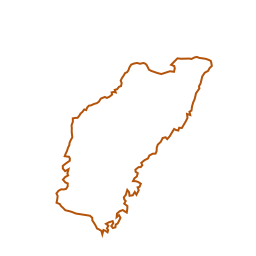 outline of Colorado, Rio Grande do Sul, Brazil, rotated 37°
{"feature_id": "56859067B9024420085811", "entity_name": "Colorado", "entity_type": "district", "adm_level": 2, "iso_a3": "BRA", "parent_name": "Brazil", "parent_adm1": "Rio Grande do Sul", "projection": "equal_earth", "projection_center": [-52.985, -28.462], "detail": "fine", "context": "isolated", "style": "outline", "palette": "amber", "viewbox_px": 256, "rotation_deg": 37, "n_neighbors": 0, "source": "geoboundaries", "source_scale": "gbopen_adm2", "svg_char_len": 2557}
<svg xmlns="http://www.w3.org/2000/svg" viewBox="0 0 256 256"><g transform="rotate(37 128 128)"><path d="M124.4,51.6L127.6,50.7L129.4,52.1L130.9,55.4L127.3,57.5L122.2,64.8L118.7,66.3L112.2,68.4L109.7,68.8L105.1,66.5L103.3,66.2L101.3,66.7L98.9,69.5L96.1,70.6L93.9,73.0L92.4,75.5L92.7,78.9L93.6,81.6L93.7,83.9L92.6,86.0L93.0,88.8L93.1,91.8L93.7,94.6L95.9,95.9L97.2,98.7L96.0,100.6L96.0,103.5L94.5,105.5L96.8,107.0L94.9,107.8L93.5,109.4L95.2,110.9L94.4,114.0L93.0,116.7L90.8,117.2L88.6,120.9L88.9,124.5L88.2,126.9L86.4,129.2L84.9,132.1L83.3,133.8L83.1,136.1L83.8,138.9L81.9,139.5L81.9,142.7L81.4,145.1L81.7,147.5L81.6,150.2L79.8,151.7L78.1,153.5L80.2,156.2L81.3,159.8L83.4,162.2L85.3,164.9L89.1,168.9L89.6,172.2L90.2,174.9L91.4,176.9L92.0,180.0L93.1,183.0L93.7,186.1L94.4,188.6L96.3,187.6L98.1,186.5L99.9,187.3L101.2,189.2L99.6,194.1L98.7,197.5L100.4,199.6L103.8,200.3L105.3,196.7L107.0,200.9L108.7,201.9L107.3,205.1L107.1,208.4L110.8,209.2L113.2,208.5L115.0,211.0L115.2,213.9L113.6,215.8L111.6,217.1L110.3,219.9L110.2,223.3L112.7,224.6L114.5,227.7L115.9,230.7L119.2,229.8L121.8,230.7L124.4,230.9L127.4,231.4L130.1,230.2L133.1,229.0L135.9,228.2L137.8,227.7L150.3,221.0L153.4,221.2L155.2,223.3L157.5,224.1L160.2,225.1L163.8,226.9L166.1,226.4L168.7,226.2L171.5,228.4L169.8,224.2L171.7,223.7L174.4,223.6L173.6,221.5L171.6,220.8L171.1,217.8L168.1,217.8L169.5,214.8L171.8,211.6L173.5,212.8L173.7,216.4L176.1,217.0L177.7,214.9L176.3,212.5L177.2,210.5L176.7,207.5L176.1,204.3L173.2,203.0L172.6,206.1L170.7,203.0L171.4,199.6L173.2,196.7L175.8,196.5L177.9,196.3L176.1,193.0L174.5,190.7L170.5,190.7L170.1,187.7L168.1,187.3L166.4,185.9L166.5,182.7L164.7,177.9L167.6,178.7L170.0,181.2L172.3,178.9L171.9,175.0L174.9,176.2L174.0,171.2L171.4,169.6L172.6,168.1L171.8,164.8L168.6,165.0L166.2,165.8L164.0,167.4L163.4,164.4L164.2,161.3L163.0,158.2L160.5,158.4L159.0,156.9L160.0,152.9L161.7,151.6L161.8,149.0L159.6,147.9L160.1,145.6L160.7,143.4L162.3,140.3L161.6,137.1L163.2,133.7L165.4,131.9L164.7,129.1L162.9,126.6L161.8,123.4L162.5,119.2L161.7,115.1L163.6,112.8L166.0,113.3L166.3,109.4L165.8,105.2L165.4,101.0L167.7,100.7L169.7,99.7L168.7,97.0L171.0,95.6L170.1,87.6L169.4,84.1L166.7,81.3L169.9,80.2L167.3,78.0L168.2,75.9L166.2,72.3L164.7,68.5L164.0,65.3L162.6,61.9L161.4,59.3L161.2,53.4L159.6,52.0L159.1,48.6L156.3,42.2L156.0,37.8L157.6,34.1L157.1,31.1L157.6,28.0L155.3,25.8L153.6,24.6L151.3,25.1L148.6,25.9L145.5,27.6L142.8,29.1L140.2,29.8L138.6,31.7L137.2,34.6L135.1,35.7L129.8,39.9L128.2,41.1L125.6,42.6L124.4,51.6Z" fill="none" stroke="#b45309" stroke-width="2"/></g></svg>